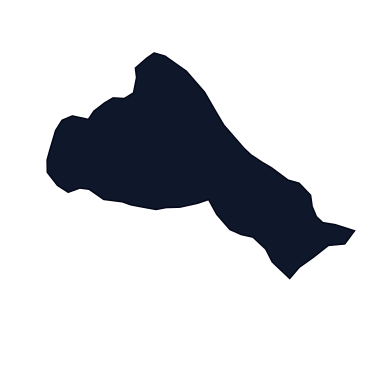 outline of Vasili, Cyprus, rotated 139°
{"feature_id": "46923920B59357153035483", "entity_name": "Vasili", "entity_type": "district", "adm_level": 2, "iso_a3": "CYP", "parent_name": "Cyprus", "parent_adm1": "", "projection": "robinson", "projection_center": [34.16, 35.461], "detail": "fine", "context": "isolated", "style": "filled", "palette": "ink", "viewbox_px": 384, "rotation_deg": 139, "n_neighbors": 0, "source": "geoboundaries", "source_scale": "gbopen_adm2", "svg_char_len": 913}
<svg xmlns="http://www.w3.org/2000/svg" viewBox="0 0 384 384"><g transform="rotate(139 192 192)"><path d="M94.8,56.1L105.4,73.5L113.4,83.1L114.3,91.8L110.8,102.3L104.6,111.8L105.4,128.4L111.7,138.0L116.1,158.0L119.6,168.5L123.2,181.5L124.1,191.1L124.1,205.9L124.1,221.6L121.4,236.4L117.0,259.1L117.0,275.6L117.0,286.9L119.6,297.4L123.2,312.2L129.4,321.8L138.3,322.7L153.4,322.7L158.7,314.8L171.1,305.2L181.8,307.0L189.8,314.8L199.5,316.6L212.9,317.4L222.6,314.8L232.4,327.9L243.0,331.4L254.6,327.9L272.3,316.6L280.3,311.3L288.3,301.8L289.2,285.2L285.6,273.0L274.1,268.6L267.9,261.7L263.5,244.3L251.0,230.3L246.6,222.5L240.4,214.6L230.6,202.4L221.7,197.2L211.1,188.5L195.1,179.8L184.4,175.4L188.0,158.9L188.0,147.6L188.0,138.8L182.7,127.5L175.6,117.9L173.8,100.5L177.3,86.6L176.5,77.9L175.0,62.6L160.5,64.8L142.7,63.1L124.1,62.2L110.8,52.6L94.8,56.1Z" fill="#0f172a" stroke="#020617" stroke-width="1.5"/></g></svg>